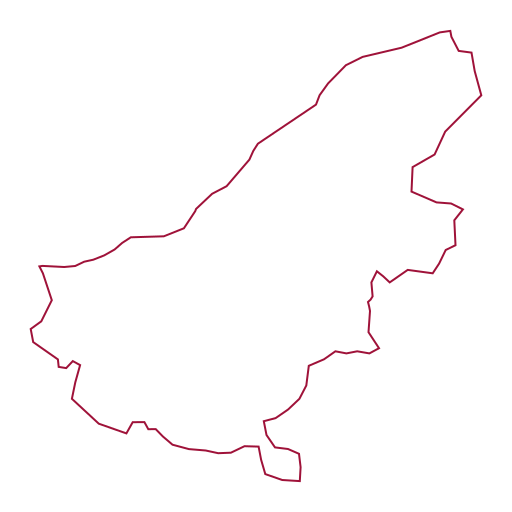 map outline of Ruse (Natural Earth projection)
{"feature_id": "BGR-2262", "entity_name": "Ruse", "entity_type": "Province", "adm_level": 1, "iso_a3": "BGR", "parent_name": "Bulgaria", "parent_adm1": "", "projection": "natural_earth1", "projection_center": [25.944, 43.687], "detail": "fine", "context": "isolated", "style": "outline", "palette": "rose", "viewbox_px": 512, "rotation_deg": 0, "n_neighbors": 0, "source": "natural_earth", "source_scale": "10m", "svg_char_len": 1343}
<svg xmlns="http://www.w3.org/2000/svg" viewBox="0 0 512 512"><path d="M64.2,267.0L75.2,266.0L84.2,261.7L93.3,259.7L104.2,255.4L114.6,249.5L122.2,242.9L130.8,237.3L160.6,236.4L163.8,236.3L183.9,228.3L195.2,211.2L196.1,208.9L212.1,193.8L226.6,186.2L249.4,159.6L253.3,150.9L257.9,143.7L316.0,104.6L319.6,95.2L328.1,83.4L345.9,65.2L362.6,56.9L401.6,47.7L439.8,32.4L450.3,30.9L451.4,36.8L458.7,50.9L471.5,52.6L474.7,71.1L481.3,95.3L445.2,131.6L434.6,154.5L412.6,167.1L411.5,191.6L436.5,202.4L451.1,203.5L462.9,209.4L454.3,220.3L455.5,245.2L445.7,250.0L439.1,263.6L432.7,273.3L407.7,269.9L389.7,282.4L383.2,276.3L376.9,271.3L371.4,282.4L372.6,296.4L370.6,299.6L368.0,302.0L369.1,306.3L370.0,311.0L368.5,332.2L379.0,348.2L369.4,353.4L357.2,351.3L346.4,353.4L335.4,351.3L324.0,359.3L308.8,365.8L306.3,385.5L299.4,398.8L288.1,409.5L275.6,418.1L263.8,421.2L266.5,435.0L275.0,447.4L288.0,449.0L299.0,453.8L300.6,467.2L299.8,481.1L282.2,480.0L265.3,474.1L261.1,459.7L258.6,446.6L244.5,446.2L230.9,452.7L218.2,453.2L205.7,450.5L188.9,449.1L172.5,444.7L162.9,436.5L155.7,429.1L148.3,429.2L144.4,422.1L132.7,422.2L126.4,433.4L98.8,423.7L71.9,398.8L75.3,382.3L80.1,365.1L72.8,361.1L66.2,368.1L58.7,366.9L57.9,359.4L33.2,342.1L30.7,329.0L41.3,321.3L51.8,300.2L42.9,273.3L39.4,266.4L42.4,265.9L64.2,267.0Z" fill="none" stroke="#9f1239" stroke-width="2"/></svg>